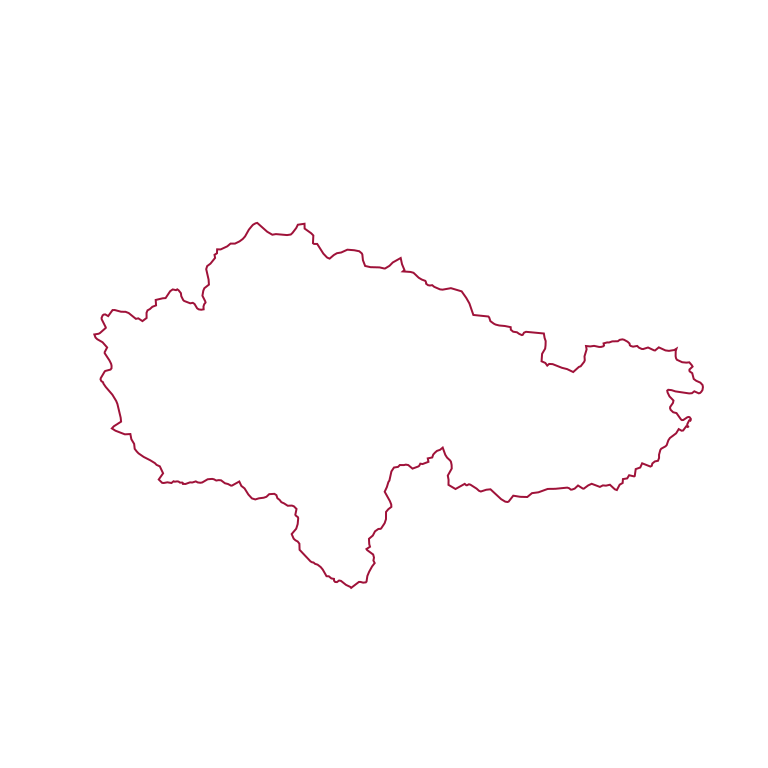 Kim Boi, Hòa Bình, Vietnam (Natural Earth projection), rotated 312°
{"feature_id": "81297802B6982011035243", "entity_name": "Kim Boi", "entity_type": "district", "adm_level": 2, "iso_a3": "VNM", "parent_name": "Vietnam", "parent_adm1": "Hòa Bình", "projection": "natural_earth1", "projection_center": [105.524, 20.675], "detail": "fine", "context": "isolated", "style": "outline", "palette": "rose", "viewbox_px": 768, "rotation_deg": 312, "n_neighbors": 0, "source": "geoboundaries", "source_scale": "gbopen_adm2", "svg_char_len": 6166}
<svg xmlns="http://www.w3.org/2000/svg" viewBox="0 0 768 768"><g transform="rotate(312 384 384)"><path d="M210.5,496.0L220.1,497.8L221.2,499.0L222.4,501.4L224.4,503.2L225.5,503.2L230.2,500.1L234.5,498.6L240.5,497.2L244.7,496.9L245.7,494.3L248.3,492.7L250.0,490.1L249.3,482.7L249.6,481.4L253.7,482.5L255.1,480.2L258.9,476.4L263.9,477.1L268.5,475.9L272.5,476.8L274.1,478.4L274.9,478.5L281.0,477.6L284.9,475.9L290.3,471.1L293.9,471.0L297.6,471.7L299.3,470.0L300.9,466.8L304.4,456.6L309.3,455.1L314.0,452.9L315.9,452.6L324.0,448.0L328.6,447.3L331.8,449.9L334.4,450.0L337.0,453.0L338.7,454.2L340.0,456.3L340.2,461.8L345.5,464.6L346.8,464.9L349.1,464.3L350.3,466.2L355.9,469.1L358.0,466.3L361.7,469.0L364.5,467.8L367.0,467.8L369.7,468.1L372.6,469.7L376.0,470.2L372.4,476.9L371.5,480.1L371.4,484.4L371.0,485.8L369.1,488.4L366.5,490.9L358.6,492.7L356.0,496.1L352.2,499.4L353.8,507.4L363.8,510.8L363.8,512.8L364.2,513.4L366.3,514.2L367.0,515.6L368.2,522.8L368.2,526.1L368.9,527.9L373.9,530.8L377.0,533.6L376.8,548.1L377.7,552.8L378.9,554.7L380.0,555.3L387.5,554.8L391.3,560.7L395.9,566.1L401.9,567.0L406.8,571.2L415.6,575.9L420.7,581.4L429.6,589.5L430.4,591.3L430.5,593.5L431.4,594.4L433.8,595.7L438.4,596.1L439.3,601.6L439.9,602.5L445.3,603.6L448.8,605.1L452.0,613.3L455.1,614.5L457.0,617.0L460.3,619.3L460.2,626.0L461.0,628.0L466.9,626.5L470.1,627.6L473.2,625.2L476.6,627.9L480.2,627.2L482.7,631.7L483.4,631.9L489.2,628.0L493.4,630.3L497.8,628.9L500.9,637.2L502.4,637.7L504.5,636.6L507.7,637.1L510.3,639.0L513.1,637.9L515.5,635.7L519.9,633.5L521.4,633.3L526.0,634.9L527.7,635.0L532.4,633.0L535.2,632.6L542.8,634.1L547.7,633.2L548.4,636.4L549.6,637.4L554.7,636.9L555.3,638.5L555.8,638.6L556.2,637.0L557.0,636.3L560.9,635.2L561.4,635.2L561.7,636.2L562.6,636.0L563.4,635.3L563.8,633.4L563.5,632.6L562.3,631.7L557.5,630.5L556.5,629.5L556.4,628.3L558.1,620.8L556.5,617.8L556.6,614.3L557.4,612.8L558.5,612.0L563.3,611.4L565.4,610.2L565.8,604.5L567.4,600.5L568.6,598.9L569.9,599.1L571.9,601.9L573.5,605.5L581.2,617.1L583.2,619.0L586.2,619.5L587.7,624.2L588.9,624.9L590.5,625.0L592.6,624.7L595.1,623.1L596.4,621.4L596.7,618.2L595.3,613.9L595.0,610.8L598.3,605.8L597.9,602.8L598.2,602.1L599.2,601.3L603.4,601.7L603.9,600.3L604.4,596.4L602.2,594.4L599.7,591.0L598.0,585.4L598.6,583.7L599.8,582.1L603.7,578.7L605.9,577.7L603.5,577.0L599.3,573.6L597.3,570.7L595.1,563.7L590.3,563.0L589.7,562.1L587.8,555.8L583.4,553.2L582.6,552.3L581.6,549.2L581.7,546.7L578.4,544.1L577.4,542.0L577.3,540.8L578.4,539.3L578.4,536.7L577.5,532.8L576.7,531.3L574.5,529.6L572.3,529.2L568.4,525.1L565.5,523.5L564.2,522.0L561.1,520.0L559.8,521.8L558.7,521.7L556.8,520.5L555.5,519.1L552.9,514.6L549.9,512.1L547.4,508.7L545.3,511.4L538.7,514.5L536.0,517.3L534.5,517.9L528.8,518.3L527.1,517.4L519.5,516.6L517.6,510.1L515.1,505.4L511.6,496.0L509.4,493.3L506.9,493.0L507.6,489.8L506.3,485.9L512.2,481.3L518.1,480.1L520.8,478.2L524.1,475.4L525.7,472.5L528.5,469.0L517.8,454.6L515.8,453.7L513.4,454.2L512.6,453.7L511.7,450.9L511.4,448.2L509.3,445.0L509.2,441.9L511.0,440.1L507.9,434.9L504.6,430.5L502.8,427.1L502.3,425.1L501.9,421.0L503.8,417.7L504.0,416.4L495.1,404.2L501.0,393.6L503.0,387.6L504.8,379.7L500.0,369.6L493.3,364.4L491.8,362.3L489.8,356.3L489.7,353.7L487.9,352.2L486.9,350.6L486.7,348.2L487.7,347.2L488.3,345.7L486.9,342.2L486.2,338.7L486.4,331.5L485.0,328.7L480.3,322.7L482.4,322.9L485.1,317.2L488.8,312.1L480.2,309.2L475.5,309.0L470.6,307.5L470.0,306.9L467.7,302.7L461.8,295.8L459.1,291.0L461.9,285.5L465.7,281.3L466.2,280.1L466.1,276.8L463.5,272.4L459.3,266.9L453.1,264.2L449.7,261.5L446.2,260.4L440.8,259.7L440.2,258.1L439.9,256.9L440.3,251.7L443.4,240.6L441.3,238.3L441.1,237.0L447.1,232.1L447.3,229.1L446.4,221.0L449.9,217.7L444.7,213.4L441.2,214.4L435.0,214.9L432.7,214.7L429.8,212.3L423.1,203.4L420.2,201.1L419.0,195.3L418.9,182.0L417.4,181.0L414.7,180.1L412.7,180.1L408.3,180.3L400.7,182.0L397.2,182.0L393.3,181.2L388.6,179.3L385.6,176.0L381.4,175.4L374.8,172.6L372.4,169.9L369.4,172.4L366.6,171.6L364.7,174.1L357.3,174.5L353.3,173.7L350.4,175.0L344.2,183.8L340.7,187.4L335.0,186.4L332.4,187.3L328.1,190.0L325.8,195.9L325.1,196.9L323.0,197.0L320.8,198.0L318.8,200.0L316.9,198.5L315.5,196.4L315.2,194.5L316.7,189.6L316.4,187.6L314.3,186.0L312.0,179.9L312.0,178.7L313.6,174.6L315.6,172.3L316.2,168.6L316.0,167.0L314.6,166.7L312.9,163.7L309.9,163.0L301.7,164.2L299.6,162.2L293.7,158.1L289.9,162.0L286.4,160.2L283.1,159.9L280.5,159.0L278.0,159.9L274.2,163.4L269.1,162.4L268.4,157.5L266.4,156.0L265.9,146.8L264.7,143.6L261.8,140.3L258.8,134.4L257.3,132.8L249.9,133.6L249.2,130.3L248.1,129.3L246.8,129.0L244.1,129.9L243.2,130.9L239.9,139.4L239.5,139.7L231.7,138.8L230.4,138.3L227.0,135.6L225.5,138.5L225.4,140.9L226.7,146.9L225.9,153.8L220.8,155.1L220.0,155.8L217.8,164.2L216.4,167.7L215.2,169.4L213.3,171.0L211.7,171.1L207.1,168.1L206.2,168.1L198.8,169.6L197.7,170.3L197.0,172.1L197.3,174.1L196.6,175.1L195.6,179.2L194.3,189.3L192.2,196.3L190.8,199.2L182.8,210.8L180.1,213.8L171.7,211.5L168.9,211.5L169.6,215.7L173.2,225.1L177.1,229.0L173.9,233.2L172.3,238.4L169.0,242.1L168.4,245.4L168.2,248.0L169.0,254.2L170.9,261.3L171.9,266.7L171.7,269.1L172.8,272.5L169.8,279.6L162.3,280.5L162.1,285.3L163.1,286.6L166.0,288.8L168.2,292.3L170.9,292.7L171.4,293.9L173.2,295.4L174.0,296.6L174.2,298.4L175.8,300.1L175.8,300.8L175.2,301.4L176.9,303.4L181.0,305.6L182.6,307.5L185.7,309.3L186.2,311.4L187.7,313.6L189.2,314.8L195.2,316.7L198.5,319.8L199.4,321.4L200.0,323.9L202.0,325.5L203.4,327.4L203.8,332.2L205.3,335.0L206.1,338.3L206.8,339.0L214.7,341.7L212.8,346.2L213.1,350.2L211.1,357.2L210.6,362.4L212.1,365.6L215.3,367.5L219.0,370.7L221.5,372.1L225.3,372.4L229.0,376.0L229.4,378.4L227.8,381.2L228.0,384.0L227.5,386.8L228.4,389.6L229.1,393.9L232.0,396.9L232.8,398.8L232.6,402.6L227.5,405.6L227.2,406.4L227.4,409.2L226.8,410.1L222.1,413.6L217.7,415.6L210.7,415.8L208.6,420.4L208.6,422.8L209.2,425.3L208.7,428.0L204.3,432.2L203.0,448.1L203.4,449.9L204.2,451.1L204.2,453.1L205.3,455.5L205.6,459.5L205.1,462.7L202.7,469.9L204.2,471.7L204.3,475.0L205.7,477.2L204.4,478.5L204.2,480.2L205.3,481.6L207.9,482.1L208.9,483.8L209.3,490.2L210.7,494.9L210.5,496.0Z" fill="none" stroke="#9f1239" stroke-width="2"/></g></svg>